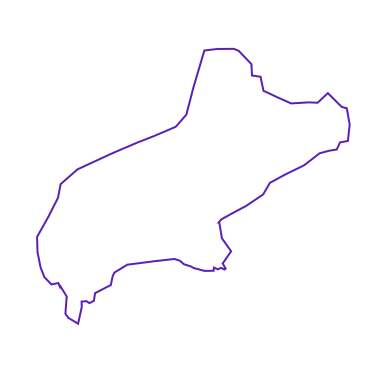 Bokomu, Gbapolu, Liberia (Robinson projection), rotated 9°
{"feature_id": "62588387B58325877345443", "entity_name": "Bokomu", "entity_type": "district", "adm_level": 2, "iso_a3": "LBR", "parent_name": "Liberia", "parent_adm1": "Gbapolu", "projection": "robinson", "projection_center": [-10.158, 7.228], "detail": "fine", "context": "isolated", "style": "outline", "palette": "violet", "viewbox_px": 384, "rotation_deg": 9, "n_neighbors": 0, "source": "geoboundaries", "source_scale": "gbopen_adm2", "svg_char_len": 1442}
<svg xmlns="http://www.w3.org/2000/svg" viewBox="0 0 384 384"><g transform="rotate(9 192 192)"><path d="M182.1,50.3L177.1,88.2L174.3,116.5L166.3,129.3L165.6,130.2L148.4,141.0L145.2,143.0L129.8,152.0L116.4,160.4L114.2,161.8L105.3,167.5L86.3,180.2L75.3,187.6L61.0,204.8L60.7,214.4L60.5,218.8L59.3,222.6L54.6,237.1L54.4,237.9L46.0,260.6L48.8,275.5L51.5,282.8L54.2,290.1L59.6,299.3L67.7,305.3L74.2,302.8L76.5,306.5L76.8,305.7L84.6,314.8L86.0,332.0L89.6,335.7L100.1,339.9L101.1,322.8L100.1,317.5L104.8,316.3L108.1,317.8L112.1,314.8L112.1,307.1L125.7,297.0L125.9,296.8L126.3,296.8L126.9,287.0L127.9,284.4L127.9,283.8L128.2,283.5L139.5,273.9L162.9,267.1L164.0,266.7L185.1,260.9L190.8,261.8L195.3,264.6L203.0,265.8L205.5,266.8L206.2,266.9L206.4,266.9L215.2,267.8L216.6,268.0L225.7,266.4L225.5,263.8L225.5,263.2L229.8,264.3L232.5,262.4L236.2,263.5L237.2,262.4L233.5,257.8L239.6,245.1L239.9,244.4L230.0,234.3L228.8,233.0L223.7,217.8L223.2,217.9L225.2,214.5L235.8,206.2L245.9,198.6L247.3,197.6L262.7,183.2L267.5,170.8L274.5,165.4L280.3,160.9L283.4,158.7L296.1,149.8L298.8,147.8L307.2,138.9L312.0,133.8L321.2,129.7L328.3,127.4L330.5,119.8L338.0,117.2L337.4,105.3L337.2,100.7L336.2,97.9L331.8,85.1L326.5,84.5L323.3,82.2L310.7,73.1L302.1,84.2L293.4,85.2L276.0,89.0L261.1,85.0L254.4,83.0L246.8,80.9L244.5,74.9L241.7,67.5L233.0,67.5L231.8,61.6L230.7,56.4L216.1,45.3L211.0,44.1L195.3,46.6L182.1,50.3Z" fill="none" stroke="#5b21b6" stroke-width="2"/></g></svg>